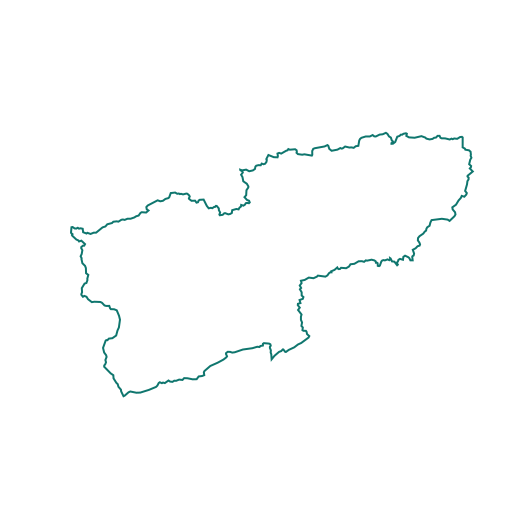 Yauli, Junín, Peru (Mercator projection), rotated 106°
{"feature_id": "86281439B56200314379174", "entity_name": "Yauli", "entity_type": "district", "adm_level": 2, "iso_a3": "PER", "parent_name": "Peru", "parent_adm1": "Junín", "projection": "mercator", "projection_center": [-76.155, -11.505], "detail": "fine", "context": "isolated", "style": "outline", "palette": "teal", "viewbox_px": 512, "rotation_deg": 106, "n_neighbors": 0, "source": "geoboundaries", "source_scale": "gbopen_adm2", "svg_char_len": 6084}
<svg xmlns="http://www.w3.org/2000/svg" viewBox="0 0 512 512"><g transform="rotate(106 256 256)"><path d="M144.3,254.4L145.7,254.8L146.5,256.0L150.6,260.0L150.5,262.2L151.6,263.6L153.9,262.5L155.2,262.5L156.1,266.1L155.5,271.9L160.0,272.8L160.6,272.1L162.7,271.9L164.8,272.7L165.7,274.0L165.6,276.0L167.5,276.5L168.0,278.7L169.1,280.6L170.2,281.2L172.6,281.0L174.6,282.6L176.4,285.9L175.7,289.3L177.5,292.9L177.4,294.9L177.8,294.7L178.4,292.5L179.4,291.7L182.0,292.7L183.8,290.8L187.7,288.8L189.1,284.7L191.2,282.5L192.3,282.3L195.4,283.3L200.3,282.2L202.6,283.3L204.6,280.1L204.8,277.9L206.2,276.8L207.2,277.3L207.5,279.4L208.1,280.4L209.7,280.8L211.1,282.0L211.0,284.3L212.6,284.1L214.1,285.2L216.0,285.6L216.2,287.8L218.5,291.5L221.3,291.1L222.7,292.4L223.6,294.1L223.3,297.5L223.7,298.3L225.6,299.4L226.8,302.0L226.3,302.6L224.0,302.5L222.2,304.3L220.5,304.9L218.7,307.6L218.9,308.4L220.1,308.9L220.4,309.8L222.1,311.2L222.1,312.6L223.2,314.6L221.4,317.1L216.2,321.9L217.5,325.6L218.5,326.4L220.3,326.6L221.1,327.9L219.6,329.8L220.7,333.2L219.6,336.0L219.1,336.4L217.1,336.1L216.2,336.9L215.1,339.1L215.2,340.2L216.9,343.1L216.9,345.2L217.5,346.3L217.2,347.4L217.9,348.9L217.3,351.2L219.0,355.3L223.5,355.6L224.5,356.2L226.1,358.8L228.6,360.7L229.8,363.1L229.6,365.9L237.3,374.0L239.2,374.9L241.2,373.9L241.9,371.9L244.5,373.6L245.4,377.9L246.4,378.9L249.5,380.0L250.8,382.1L252.5,383.6L254.8,386.9L255.6,389.8L257.5,392.2L257.6,394.0L258.3,395.4L260.9,397.7L261.1,399.5L262.4,402.6L264.0,403.5L266.5,407.7L269.1,408.9L270.8,411.4L277.6,416.1L278.3,418.4L280.4,421.1L280.2,424.5L281.1,425.1L280.8,428.7L277.6,430.1L277.7,432.2L278.5,433.7L278.0,435.1L279.2,436.4L279.5,437.9L278.7,440.3L279.2,441.3L284.4,440.3L284.9,440.0L285.6,438.4L286.6,438.7L287.2,438.1L289.7,433.2L290.0,431.0L290.8,430.1L289.4,428.1L291.7,423.6L293.4,424.0L293.7,425.1L295.5,426.4L296.6,426.2L298.3,424.5L302.2,424.1L304.6,424.5L306.2,423.0L306.9,423.0L310.8,420.9L312.6,417.6L314.5,416.2L319.4,414.6L320.4,412.0L324.3,411.9L325.6,411.4L328.7,411.6L329.8,413.2L334.9,414.6L338.8,413.2L340.9,413.4L341.6,413.0L342.9,411.1L341.7,410.1L341.9,407.7L343.8,405.6L345.6,401.1L344.5,398.7L343.1,392.9L343.4,391.2L345.3,388.0L345.3,386.2L344.4,383.3L346.4,381.9L347.1,380.9L346.3,377.7L346.6,374.9L351.2,371.2L354.7,369.2L362.5,368.1L365.8,368.6L371.0,368.5L374.6,371.4L376.0,374.7L377.9,375.6L378.1,376.7L378.8,377.2L386.5,377.7L390.6,375.4L392.7,372.7L394.2,371.8L397.5,372.1L399.5,370.9L401.7,371.1L403.0,371.7L404.3,371.4L408.9,363.3L409.9,360.3L412.9,359.2L416.4,355.3L417.3,353.6L419.6,352.2L421.7,349.0L423.3,348.3L427.3,344.7L426.4,343.7L422.2,341.0L420.9,339.5L420.4,333.3L419.2,329.6L414.2,322.0L409.4,316.0L407.8,315.1L404.9,314.5L403.9,313.7L404.2,311.4L403.3,310.5L403.3,308.6L399.8,305.8L400.4,304.0L400.0,301.6L398.4,300.2L398.0,298.4L396.0,295.8L395.4,292.5L393.2,291.4L392.4,288.1L392.0,282.9L390.8,279.1L387.6,277.9L386.2,274.7L384.8,272.9L382.1,274.1L380.7,273.8L374.3,269.6L369.1,263.4L364.5,258.7L361.6,256.6L360.4,256.2L358.4,257.9L357.6,258.0L355.9,256.8L355.3,254.5L355.4,252.2L354.4,249.9L349.5,242.8L345.6,234.0L342.9,229.8L342.5,227.5L341.3,227.0L340.2,224.7L338.5,225.1L337.6,224.4L336.6,219.3L336.9,217.9L338.2,217.1L339.4,217.6L340.5,217.3L342.6,215.7L344.7,215.3L346.3,214.2L351.0,212.5L346.8,210.7L341.8,207.4L340.4,205.5L338.4,204.5L338.3,204.0L340.1,201.5L340.0,200.8L337.2,198.6L333.3,194.1L329.4,191.2L327.2,188.6L319.9,183.0L318.3,182.7L317.0,185.4L314.8,186.6L314.2,187.4L314.8,189.8L314.5,190.9L311.8,191.3L310.7,193.1L307.2,193.4L305.0,195.2L301.9,196.1L299.7,196.1L296.3,200.7L293.6,199.7L291.7,202.3L290.4,202.5L289.0,200.3L286.3,202.0L284.3,199.2L282.4,199.1L281.4,201.2L278.3,202.1L275.9,204.6L274.3,203.8L272.3,205.8L269.5,204.7L267.4,206.0L265.6,202.6L262.2,199.3L261.5,194.6L259.1,191.8L257.8,191.1L256.7,183.6L255.0,182.0L252.4,181.1L251.3,180.2L250.9,179.0L250.0,179.5L247.7,176.7L244.6,174.7L245.6,173.7L245.8,172.8L245.3,171.7L243.9,171.0L242.9,166.0L240.5,163.7L237.9,162.9L236.4,159.3L232.8,155.9L231.8,152.8L231.8,150.5L229.9,149.2L229.9,148.0L227.7,143.9L227.6,141.0L228.2,139.4L229.4,138.9L229.1,137.8L229.4,137.1L231.9,136.2L231.8,134.9L231.1,134.3L226.7,134.0L225.5,133.4L224.8,132.3L224.7,130.9L223.0,128.6L223.3,126.7L222.3,126.0L221.1,126.5L221.3,125.9L223.7,123.8L223.3,121.4L226.0,117.8L225.2,117.3L223.7,118.9L222.3,118.1L220.4,118.0L219.1,116.8L219.1,113.7L216.2,114.1L214.6,112.8L215.2,109.2L215.8,108.0L217.6,106.4L217.0,104.2L213.7,105.6L213.0,105.5L212.1,104.6L210.1,104.7L206.8,107.0L204.6,104.7L202.1,103.4L200.9,101.6L199.6,101.5L198.0,102.7L196.4,104.7L194.1,105.2L191.9,104.3L188.4,101.4L186.0,100.5L184.7,99.5L182.9,99.7L181.2,99.3L179.1,97.5L175.6,97.6L173.1,97.1L169.0,87.6L168.2,81.8L168.9,79.6L163.1,76.2L161.1,75.7L159.1,76.7L157.0,79.8L155.1,80.7L151.6,77.9L146.8,76.6L143.7,75.1L141.5,74.8L141.6,72.1L139.0,70.8L137.4,70.7L135.8,72.9L129.0,72.9L125.8,73.4L123.8,72.8L122.1,73.2L121.3,74.6L120.5,74.7L115.0,70.9L112.9,74.6L111.5,73.9L110.2,74.0L109.0,76.4L104.3,76.6L102.2,76.0L100.5,77.3L99.2,77.4L96.6,78.5L95.7,80.4L96.1,84.1L95.2,84.8L94.6,87.3L85.1,90.0L84.7,90.9L85.4,92.6L87.9,94.9L88.4,97.9L89.5,99.1L89.3,100.4L90.6,101.9L90.8,106.6L91.7,110.0L91.5,111.3L89.9,112.7L90.5,114.6L92.5,115.6L93.3,117.4L94.8,118.6L96.1,121.3L96.2,124.6L95.5,125.9L95.2,130.0L98.6,136.1L99.8,141.6L99.1,144.6L96.9,144.7L96.7,145.7L97.9,148.0L99.1,148.9L99.5,150.3L101.0,151.1L102.4,153.1L108.0,153.6L110.3,155.3L110.8,156.7L110.2,156.9L109.1,155.9L108.1,156.0L107.5,157.3L105.0,159.0L104.4,161.1L102.4,163.3L101.8,165.1L104.1,167.8L105.2,170.6L108.1,173.8L108.4,175.3L107.6,177.2L109.7,179.5L110.8,183.4L113.3,187.2L114.7,188.2L116.5,188.6L121.9,188.0L123.0,190.4L125.1,191.9L125.3,194.3L126.0,196.1L126.2,200.5L128.7,202.4L129.2,203.4L129.0,204.7L131.3,207.0L134.0,212.3L132.8,215.1L130.1,216.9L129.7,217.9L131.8,220.3L136.2,229.2L137.2,230.5L139.6,230.9L143.2,229.8L144.1,230.0L144.9,237.5L145.9,239.5L146.5,243.8L145.6,245.5L144.5,245.5L143.2,246.1L142.6,247.8L144.5,252.8L144.3,254.4Z" fill="none" stroke="#0f766e" stroke-width="2"/></g></svg>